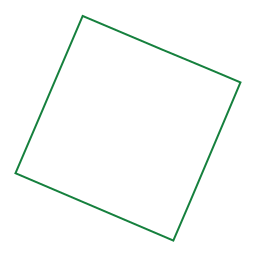 the district of Boone, Iowa, United States of America, rotated 293°
{"feature_id": "52423323B40017288212337", "entity_name": "Boone", "entity_type": "district", "adm_level": 2, "iso_a3": "USA", "parent_name": "United States of America", "parent_adm1": "Iowa", "projection": "orthographic", "projection_center": [-93.897, 42.037], "detail": "fine", "context": "isolated", "style": "outline", "palette": "green", "viewbox_px": 256, "rotation_deg": 293, "n_neighbors": 0, "source": "geoboundaries", "source_scale": "gbopen_adm2", "svg_char_len": 302}
<svg xmlns="http://www.w3.org/2000/svg" viewBox="0 0 256 256"><g transform="rotate(293 128 128)"><path d="M42.1,213.7L84.9,213.9L170.5,213.8L213.9,213.7L213.9,203.8L213.8,170.6L213.5,129.0L213.4,42.5L127.9,42.3L110.2,42.3L42.4,42.1L42.1,213.7Z" fill="none" stroke="#15803d" stroke-width="2"/></g></svg>